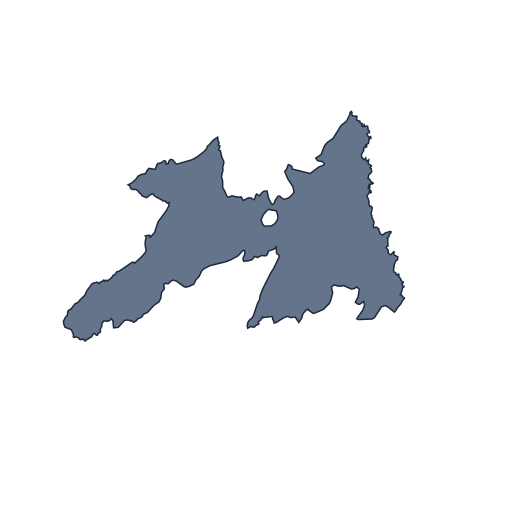 Rungu, Orientale, Democratic Republic of the Congo (Equal Earth projection), rotated 36°
{"feature_id": "63176286B79209138861399", "entity_name": "Rungu", "entity_type": "district", "adm_level": 2, "iso_a3": "COD", "parent_name": "Democratic Republic of the Congo", "parent_adm1": "Orientale", "projection": "equal_earth", "projection_center": [27.634, 2.608], "detail": "fine", "context": "isolated", "style": "filled", "palette": "slate", "viewbox_px": 512, "rotation_deg": 36, "n_neighbors": 0, "source": "geoboundaries", "source_scale": "gbopen_adm2", "svg_char_len": 6134}
<svg xmlns="http://www.w3.org/2000/svg" viewBox="0 0 512 512"><g transform="rotate(36 256 256)"><path d="M186.5,394.7L187.4,385.9L188.2,384.5L190.5,382.8L192.5,382.4L193.3,381.3L195.1,381.8L196.0,381.4L197.0,379.5L197.4,376.3L199.1,373.3L199.5,371.4L199.1,370.3L199.7,368.2L201.4,365.6L202.4,356.0L204.5,350.0L203.9,346.3L201.2,341.5L200.9,340.2L201.2,337.2L200.6,335.5L199.0,334.7L198.3,332.3L198.6,331.4L201.3,330.2L201.9,326.2L203.2,324.1L206.5,323.1L215.9,323.1L217.6,322.5L219.9,319.6L222.2,315.5L221.4,310.1L222.0,306.1L220.9,300.1L220.9,298.5L221.7,296.2L224.6,290.7L234.9,278.5L237.9,273.8L241.4,266.3L242.1,259.9L243.0,258.4L243.9,258.2L245.9,261.3L246.6,264.9L247.7,266.7L249.3,267.4L252.9,264.1L255.1,261.2L255.1,257.1L258.1,256.4L260.1,252.5L263.8,250.1L264.3,248.2L263.2,244.8L266.6,239.6L266.9,236.9L271.2,241.8L274.0,241.8L275.3,243.2L277.5,255.1L277.9,261.2L280.8,278.8L282.6,285.6L284.5,289.1L285.0,293.0L289.1,306.3L289.2,308.4L288.4,311.4L288.4,314.4L290.1,317.9L291.8,319.3L292.9,316.5L296.4,314.7L296.7,312.3L298.2,309.8L298.1,309.0L296.9,308.5L296.5,307.6L297.5,305.1L297.0,303.7L297.7,302.8L297.1,301.4L298.1,301.5L304.3,295.7L305.3,295.8L306.9,297.7L308.0,297.7L310.0,299.6L311.5,297.8L315.0,289.0L317.2,286.2L320.3,285.4L323.7,282.4L329.7,284.6L329.5,279.3L327.9,275.1L328.4,270.4L329.5,268.4L330.0,268.9L335.9,268.9L337.6,266.9L341.9,259.6L343.2,251.6L342.5,248.0L339.7,240.7L335.2,236.7L336.3,233.4L340.1,232.2L341.1,231.0L342.5,230.6L344.0,228.5L352.6,226.7L354.9,224.2L355.5,222.0L359.1,222.0L362.7,229.3L363.5,235.0L366.6,235.1L368.3,234.1L369.8,229.6L372.7,231.9L374.2,236.9L374.4,247.6L376.4,247.1L387.0,238.7L388.1,236.1L387.4,223.3L389.7,220.2L393.4,219.7L400.9,220.1L401.2,217.8L400.8,214.6L401.3,209.9L400.6,204.8L401.0,203.1L400.6,202.6L398.1,202.9L397.2,202.0L395.3,202.6L395.2,200.4L393.3,195.7L393.8,194.0L393.5,193.5L392.4,194.1L390.2,192.6L390.8,191.0L390.5,190.5L388.2,190.7L386.4,189.4L383.7,188.7L382.4,186.9L381.8,186.8L381.3,188.6L380.0,188.6L379.0,187.5L376.7,187.7L375.3,186.3L372.4,180.4L372.0,177.5L372.7,175.9L371.3,173.3L367.6,173.9L365.9,173.2L365.6,171.6L364.9,171.6L364.4,175.5L363.7,176.1L361.3,176.0L359.9,173.8L356.4,172.7L356.1,172.1L356.9,170.3L353.8,166.5L352.6,164.5L351.5,164.2L352.1,162.2L351.2,160.3L351.5,158.0L351.2,157.1L350.1,157.3L347.1,161.2L346.0,164.7L343.5,165.1L342.2,163.9L340.4,163.3L339.6,161.9L336.5,161.9L335.9,162.1L335.1,163.7L333.7,163.5L331.3,158.8L329.9,158.4L328.4,157.0L327.3,157.2L326.2,155.3L325.0,155.0L324.2,154.1L321.8,148.7L320.1,148.0L319.2,148.9L317.1,147.9L315.3,145.4L312.1,143.1L310.7,142.7L310.2,140.8L310.6,138.8L309.7,137.3L309.9,136.8L311.6,137.5L311.8,136.8L310.5,135.7L308.3,135.6L307.9,135.0L308.0,133.7L307.5,133.3L306.6,134.6L305.7,131.8L306.6,132.0L306.4,129.9L307.6,129.6L308.0,128.2L304.7,128.1L302.7,127.1L301.0,127.4L299.6,123.9L300.2,120.8L300.0,119.8L297.9,117.7L296.4,117.6L296.4,115.2L292.5,115.3L290.6,112.0L290.0,114.2L289.1,114.1L287.1,112.2L287.1,113.9L286.7,114.6L283.0,113.7L281.6,111.7L281.1,107.1L279.7,105.5L279.6,104.7L280.9,103.7L281.3,102.4L280.6,101.7L279.8,102.3L279.5,101.8L280.7,98.9L280.5,98.0L279.8,97.2L279.5,95.8L278.4,94.9L279.8,93.4L279.2,92.3L278.3,92.1L277.7,93.3L277.0,93.5L274.3,92.4L273.8,91.7L275.1,89.6L275.1,89.0L274.1,88.2L272.6,88.1L270.1,85.4L269.0,85.9L267.5,87.7L266.5,86.3L265.9,88.6L264.6,88.1L264.4,86.5L262.0,87.0L261.3,86.7L260.9,85.9L258.0,86.8L256.0,85.3L255.9,83.9L255.4,83.7L252.2,85.7L250.2,85.3L249.3,83.4L248.0,83.1L247.7,84.8L248.6,85.8L250.0,93.4L248.1,100.5L249.2,115.5L246.9,122.6L246.6,126.1L249.0,135.7L246.8,141.7L249.5,142.7L254.8,140.5L257.2,141.2L257.1,143.1L254.5,147.0L251.4,157.4L234.3,164.3L232.4,162.5L230.5,162.4L228.4,163.1L229.7,167.4L229.5,170.7L236.1,174.8L245.0,178.2L249.2,181.8L249.2,186.0L248.2,189.8L246.2,192.8L244.9,193.7L242.4,194.0L240.1,193.5L238.6,194.7L238.8,199.3L239.6,202.9L239.0,204.7L237.2,204.5L232.1,201.7L226.7,196.9L224.2,199.1L223.5,201.7L223.4,205.2L220.1,205.5L220.1,207.4L221.0,208.8L221.3,211.5L220.9,211.9L218.0,211.9L215.6,213.5L213.1,218.6L209.3,216.9L206.5,219.2L201.2,221.4L199.2,224.6L197.3,224.7L192.0,221.6L189.0,220.4L184.9,214.9L181.5,212.2L178.6,205.6L177.1,204.3L175.5,200.1L174.5,198.5L170.2,196.1L165.4,191.8L163.4,192.0L162.9,191.3L162.7,189.1L161.8,188.1L160.5,188.6L159.4,185.9L157.8,185.2L155.1,182.4L153.8,185.9L153.0,189.6L152.8,193.7L152.1,195.7L153.0,197.8L152.5,202.3L150.1,210.4L147.6,215.8L138.1,228.1L136.7,228.3L131.9,227.2L130.0,228.2L129.8,230.2L130.7,232.8L129.0,234.5L127.6,232.5L126.1,232.6L125.5,233.2L124.7,236.0L122.4,238.6L122.1,240.1L123.4,244.5L123.2,245.3L117.9,248.0L117.6,251.2L118.2,253.2L117.6,254.9L115.4,257.3L113.7,260.6L113.7,264.9L112.5,270.0L110.7,273.6L112.2,273.3L115.4,275.1L117.1,274.7L119.5,272.9L122.0,272.7L125.1,273.6L126.4,273.2L128.1,274.3L132.4,273.5L133.2,273.0L134.6,268.4L135.9,266.2L137.6,266.9L140.0,267.0L147.2,266.0L148.3,266.3L149.8,265.1L153.4,265.4L154.4,263.8L156.0,266.8L156.8,271.5L156.7,285.9L160.1,296.5L159.6,303.0L159.0,303.0L158.4,301.8L157.3,301.9L154.7,304.8L156.1,305.2L157.6,308.9L160.0,312.5L163.9,316.1L164.4,318.1L163.9,323.9L162.0,333.2L160.8,332.9L159.5,333.9L154.0,349.2L152.7,350.2L152.7,354.2L151.8,355.6L151.9,358.6L150.5,363.4L149.1,363.5L148.4,365.3L147.0,364.9L146.5,367.1L145.6,368.0L145.3,370.5L144.9,370.9L143.6,370.3L142.9,370.5L140.0,374.0L139.6,375.5L139.6,383.6L140.6,388.4L139.3,395.9L139.4,397.9L137.7,401.0L137.5,407.6L136.4,409.7L136.3,411.5L138.1,414.5L137.9,417.9L138.6,422.1L140.8,424.3L143.4,425.9L149.9,424.2L154.6,426.9L155.7,428.9L156.8,428.8L157.5,427.4L160.6,426.5L162.3,427.2L163.7,426.4L164.7,424.9L167.8,425.2L168.3,422.8L169.5,420.8L169.4,419.8L170.5,418.3L170.1,415.0L170.5,413.7L173.7,413.8L174.3,412.9L173.7,411.4L174.8,409.5L174.5,408.3L173.2,407.1L172.3,402.8L170.9,401.5L171.2,397.8L174.5,395.9L175.7,393.7L175.7,392.0L178.0,392.2L183.0,397.8L186.5,394.7ZM237.7,218.2L238.2,212.5L239.3,210.4L242.0,209.6L243.4,208.4L246.4,207.7L251.1,211.6L252.2,215.1L252.2,218.9L250.8,222.4L246.5,226.1L244.4,226.8L241.5,225.8L238.8,223.6L237.7,218.2Z" fill="#64748b" stroke="#1e293b" stroke-width="1.5"/></g></svg>